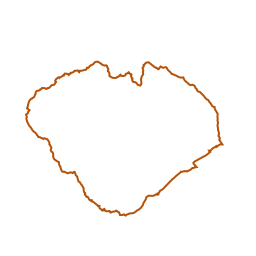 the district of Aricestii Zeletin, Prahova, Romania, rotated 332°
{"feature_id": "2599482B40802977516899", "entity_name": "Aricestii Zeletin", "entity_type": "district", "adm_level": 2, "iso_a3": "ROU", "parent_name": "Romania", "parent_adm1": "Prahova", "projection": "mercator", "projection_center": [26.154, 45.226], "detail": "fine", "context": "isolated", "style": "outline", "palette": "amber", "viewbox_px": 256, "rotation_deg": 332, "n_neighbors": 0, "source": "geoboundaries", "source_scale": "gbopen_adm2", "svg_char_len": 5659}
<svg xmlns="http://www.w3.org/2000/svg" viewBox="0 0 256 256"><g transform="rotate(332 128 128)"><path d="M203.6,186.8L203.1,182.5L203.1,181.1L204.0,180.6L204.3,180.3L204.2,179.2L204.4,178.2L204.2,178.0L204.2,177.3L204.9,176.6L205.5,176.2L206.1,174.7L206.4,172.9L206.9,171.2L207.5,170.2L207.7,169.2L208.1,168.2L208.3,167.7L208.9,166.8L209.5,166.3L210.0,165.5L210.6,163.2L211.4,162.3L211.7,161.3L212.3,160.1L213.8,157.6L213.6,152.7L213.9,150.7L214.3,150.2L213.3,149.3L212.7,148.3L212.6,145.9L212.4,144.4L212.0,142.9L212.1,141.7L211.9,140.9L211.1,140.0L210.7,138.8L210.3,137.6L210.0,135.2L209.3,132.8L209.0,132.2L208.7,130.5L206.9,128.3L206.7,127.7L206.9,125.9L206.9,125.6L206.4,124.8L206.6,122.6L206.4,121.5L205.4,120.2L203.1,119.3L202.4,118.1L202.0,116.8L200.8,113.8L200.4,112.3L200.4,110.6L200.6,109.9L200.6,109.7L200.6,109.3L199.0,108.7L197.3,107.5L196.3,106.2L195.2,104.4L193.7,102.7L192.6,101.2L192.0,100.9L191.9,100.5L191.7,99.0L190.4,95.2L190.5,93.7L190.1,92.1L187.1,91.2L185.6,89.0L182.7,90.4L182.6,90.2L182.1,90.1L181.9,89.8L181.9,89.2L181.8,88.9L181.4,88.4L181.3,88.1L180.8,87.9L180.1,86.6L177.0,79.6L174.4,78.8L174.0,79.1L173.3,79.2L172.4,79.6L171.3,79.7L171.1,80.7L170.6,80.9L170.4,81.2L169.4,81.6L169.0,81.9L168.6,84.1L167.1,86.2L166.8,87.5L166.5,87.8L164.2,89.0L163.5,90.0L162.5,90.8L162.1,91.5L161.8,92.7L161.2,93.7L160.8,94.9L159.6,95.8L158.8,96.3L157.0,94.5L156.6,92.6L156.1,91.2L154.2,89.7L154.2,88.9L154.0,88.1L154.8,86.9L154.8,86.7L154.6,86.6L154.7,86.3L155.2,86.1L154.9,84.8L154.9,83.6L155.5,83.0L156.1,82.7L156.2,82.4L155.9,81.7L155.6,81.7L154.4,79.7L155.6,79.1L154.4,79.1L153.2,79.5L151.6,79.2L150.9,79.8L150.0,80.3L149.3,80.2L148.2,79.9L146.8,79.0L146.5,78.6L146.4,77.6L145.7,77.9L145.5,78.1L145.2,77.9L145.2,77.7L143.6,78.2L142.3,77.9L141.7,78.2L140.7,78.0L140.2,77.9L138.0,76.5L137.3,75.5L136.0,73.3L136.9,71.8L137.4,70.3L137.4,69.8L136.9,68.6L136.9,68.4L137.2,67.8L138.1,67.3L138.2,67.1L138.4,65.0L138.2,64.3L138.6,63.2L138.1,62.3L136.6,61.9L136.2,61.4L135.7,61.0L134.7,59.6L134.5,58.5L133.8,57.9L133.5,56.8L132.8,55.9L132.7,55.5L132.4,55.2L130.1,54.3L127.2,55.3L126.3,55.2L125.4,55.5L124.6,55.1L123.6,55.5L122.9,55.5L121.8,56.1L121.0,56.3L120.6,56.2L120.4,55.6L120.1,55.5L118.6,56.7L117.9,56.8L117.3,56.4L114.0,55.7L113.3,55.3L113.0,55.3L112.3,54.8L111.9,54.9L111.5,55.5L111.1,55.8L111.0,55.6L111.0,54.4L110.7,53.6L109.1,53.2L107.8,52.4L107.1,52.5L106.1,53.1L103.9,52.7L103.4,52.4L102.6,53.0L102.3,52.9L101.6,52.5L101.3,52.6L101.1,53.2L100.7,53.4L100.6,52.7L100.1,52.1L99.8,51.9L99.6,51.5L97.8,50.3L97.3,50.6L95.6,51.0L95.4,51.1L95.6,51.5L94.0,51.3L93.0,51.5L91.8,51.2L90.9,51.6L90.6,50.8L90.1,50.6L89.2,50.7L88.6,51.0L87.4,51.1L85.8,52.2L85.8,52.6L86.1,53.3L86.0,53.7L84.6,54.2L83.8,54.9L83.1,55.1L80.7,54.4L77.2,55.5L76.6,55.5L75.8,55.0L75.0,55.3L74.5,55.3L73.7,54.6L73.3,53.7L71.9,53.0L71.1,52.3L70.6,52.4L69.6,52.9L68.7,52.7L68.2,53.1L67.9,53.1L66.2,53.0L65.1,52.4L64.1,52.7L63.1,53.3L62.6,54.3L61.7,54.9L59.5,56.7L57.9,56.6L57.0,57.0L56.5,56.8L55.7,56.8L53.7,57.7L52.9,58.3L50.4,60.8L50.2,61.4L48.1,63.2L48.1,63.4L48.6,63.7L48.8,65.2L49.4,66.0L48.5,66.5L47.6,66.7L46.7,67.7L45.7,68.2L44.9,68.1L44.4,68.3L44.1,68.8L43.9,70.7L43.6,71.1L42.8,71.7L42.3,73.2L42.1,74.6L41.8,75.4L42.0,77.2L41.7,78.3L42.5,82.6L42.6,85.0L42.9,86.4L43.8,88.3L44.4,90.3L44.3,91.4L44.6,92.3L44.6,93.2L44.6,93.8L45.2,94.4L45.8,94.6L46.8,96.2L47.7,97.1L47.9,97.8L48.5,97.5L48.9,97.6L49.5,98.0L50.7,99.3L51.1,99.5L51.4,100.1L51.7,101.2L51.7,104.2L50.9,105.4L51.2,106.5L51.0,107.4L51.2,108.5L51.1,109.4L50.9,109.8L50.2,110.3L49.4,111.3L49.3,112.9L49.9,113.9L50.0,114.6L49.5,116.6L48.5,117.9L48.2,120.1L48.2,120.7L48.9,122.4L49.5,123.4L49.9,124.3L50.6,125.1L50.9,125.7L50.0,128.0L50.0,129.4L50.3,130.1L49.8,131.0L49.7,132.2L49.4,133.3L49.5,135.7L50.1,135.9L50.6,136.5L51.4,136.8L51.8,137.5L52.5,138.3L53.0,139.2L53.6,139.7L54.5,139.9L55.3,139.8L55.9,140.1L57.2,140.7L57.9,141.8L58.3,141.9L59.5,141.4L60.0,141.5L60.3,141.9L60.1,142.7L60.1,143.6L59.7,145.1L60.3,146.9L60.3,147.3L59.8,149.0L59.7,149.6L59.2,152.0L59.8,152.7L60.0,153.3L60.1,155.4L60.4,156.5L60.4,157.8L60.6,159.5L60.3,160.8L59.3,163.0L59.3,163.7L59.1,164.3L59.6,165.1L59.6,165.6L58.7,166.4L58.6,166.6L59.1,167.9L59.0,169.3L60.0,169.7L60.0,170.4L60.2,170.8L60.3,171.6L60.1,172.9L60.7,174.2L61.7,174.3L62.1,174.6L62.1,175.1L61.5,175.4L61.4,175.7L62.5,176.8L63.0,177.7L64.7,181.7L64.9,182.8L65.7,182.9L66.2,183.4L65.4,184.6L65.3,185.2L65.7,186.8L66.5,187.6L66.4,188.3L66.5,188.8L66.9,189.1L67.3,189.1L68.5,188.3L69.1,188.3L69.2,188.9L68.9,190.1L69.1,190.7L70.4,191.7L72.5,192.5L72.9,193.0L72.7,194.2L73.0,194.6L74.8,194.6L76.8,195.4L79.0,195.5L79.2,195.9L79.2,196.6L79.3,196.9L79.9,197.3L80.5,198.3L80.5,198.8L80.2,199.3L80.3,200.3L80.1,201.0L82.1,202.2L83.6,202.2L83.9,202.4L84.1,203.3L84.8,203.9L84.9,204.2L86.1,203.8L87.1,204.1L88.6,204.1L90.8,204.8L91.6,205.3L93.3,205.7L95.4,205.5L97.8,205.0L99.7,205.1L101.6,204.6L104.4,203.4L106.7,201.4L110.1,199.4L111.7,197.8L112.3,197.6L113.5,197.5L114.7,197.6L117.9,199.5L118.9,199.8L120.0,199.9L122.8,199.7L122.7,200.7L123.6,200.9L123.9,199.8L124.6,199.9L126.0,199.1L126.3,198.6L130.1,198.3L142.6,194.2L144.8,193.8L148.1,192.9L153.3,191.9L154.2,191.4L155.2,192.1L157.6,192.5L158.1,193.1L159.8,193.7L159.9,193.8L159.9,194.1L161.7,194.1L163.2,194.2L164.9,194.0L165.6,193.6L166.3,193.6L167.1,194.1L168.0,194.1L168.4,194.0L168.7,194.3L169.2,194.3L170.2,194.7L169.6,192.3L169.4,191.0L169.2,190.8L169.1,190.3L169.4,189.4L171.0,188.9L182.1,188.7L184.0,188.8L189.0,187.8L188.8,187.5L188.9,186.1L189.6,186.6L190.2,186.7L193.9,185.6L196.3,185.8L197.3,185.4L197.4,186.2L200.7,185.7L201.9,185.9L203.6,186.8Z" fill="none" stroke="#b45309" stroke-width="2"/></g></svg>